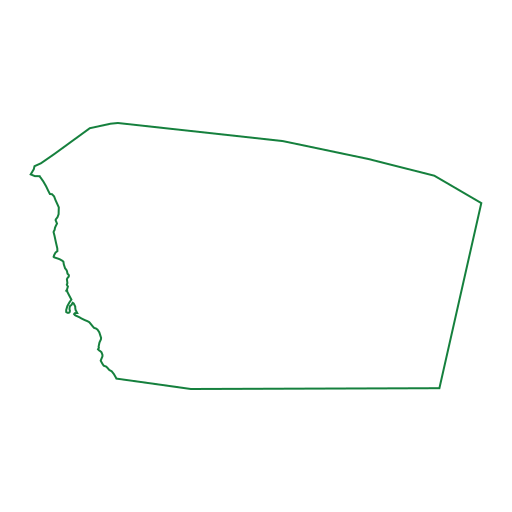 the district of Ras Sidr, Janub Sina', Egypt
{"feature_id": "37247803B11741715008069", "entity_name": "Ras Sidr", "entity_type": "district", "adm_level": 2, "iso_a3": "EGY", "parent_name": "Egypt", "parent_adm1": "Janub Sina'", "projection": "robinson", "projection_center": [32.786, 29.599], "detail": "fine", "context": "isolated", "style": "outline", "palette": "green", "viewbox_px": 512, "rotation_deg": 0, "n_neighbors": 0, "source": "geoboundaries", "source_scale": "gbopen_adm2", "svg_char_len": 1698}
<svg xmlns="http://www.w3.org/2000/svg" viewBox="0 0 512 512"><path d="M439.4,388.2L481.3,203.1L434.3,175.7L368.3,159.0L282.9,141.1L117.9,123.0L110.6,123.7L89.8,128.2L54.2,154.1L40.9,163.3L34.5,166.2L33.8,169.2L30.7,174.4L34.8,176.1L39.7,176.2L40.0,176.9L40.4,177.4L40.6,177.6L42.7,180.6L43.1,181.1L46.1,186.3L48.2,190.7L49.9,194.0L52.0,194.2L54.1,196.4L55.5,200.1L57.6,204.7L58.8,207.4L58.7,210.4L58.6,214.2L57.5,217.2L55.8,219.4L55.6,220.1L57.0,223.6L56.0,225.5L55.0,227.7L54.6,229.9L53.7,231.5L53.6,232.3L54.4,235.3L55.9,242.3L57.3,248.4L57.4,251.1L55.5,252.6L54.2,255.0L53.6,256.8L54.1,257.3L55.5,257.8L58.0,258.6L59.8,259.3L62.4,260.8L63.4,261.7L63.8,264.4L65.1,268.4L66.2,269.6L67.0,271.2L67.5,273.7L68.7,274.9L68.9,275.6L68.7,276.7L67.7,277.7L66.9,279.2L67.4,283.1L66.8,284.7L67.2,285.4L67.9,286.5L67.0,289.5L66.3,290.7L67.2,291.0L67.2,291.6L68.8,294.7L71.4,299.6L69.4,302.4L67.3,306.2L66.2,310.0L66.2,312.0L67.5,312.8L68.8,312.8L69.7,312.0L69.9,310.7L69.5,309.2L69.6,307.7L70.0,306.1L71.6,304.8L72.3,303.4L72.7,302.8L73.7,303.5L75.2,306.5L75.3,308.4L75.6,310.0L77.2,313.0L76.4,313.0L75.7,313.1L75.0,313.1L74.7,313.3L74.1,314.1L74.9,315.1L76.1,315.8L76.7,316.0L79.5,317.3L81.3,318.4L84.8,320.1L87.5,321.2L89.3,322.2L90.8,324.0L92.9,326.6L94.2,328.0L95.8,328.4L97.5,329.6L99.3,332.3L101.1,337.9L100.9,339.4L100.3,340.7L99.5,342.4L99.1,344.2L98.6,346.8L98.9,347.8L98.0,349.3L99.0,350.3L100.7,351.5L101.5,352.3L102.5,355.0L102.4,356.5L101.8,357.9L101.3,359.1L100.7,360.7L102.3,363.6L103.7,365.7L105.1,366.2L106.2,366.6L107.5,367.9L109.3,370.0L110.8,370.8L111.7,371.3L113.9,374.1L115.1,376.2L115.8,377.4L116.4,378.6L190.8,389.0L439.4,388.2Z" fill="none" stroke="#15803d" stroke-width="2"/></svg>